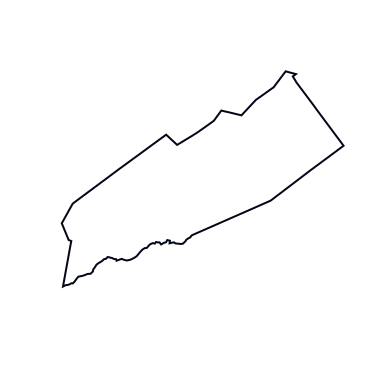 Sigefredo Pacheco, Piauí, Brazil (Equal Earth projection), rotated 223°
{"feature_id": "56859067B30452648330237", "entity_name": "Sigefredo Pacheco", "entity_type": "district", "adm_level": 2, "iso_a3": "BRA", "parent_name": "Brazil", "parent_adm1": "Piauí", "projection": "equal_earth", "projection_center": [-41.801, -4.953], "detail": "fine", "context": "isolated", "style": "outline", "palette": "ink", "viewbox_px": 384, "rotation_deg": 223, "n_neighbors": 0, "source": "geoboundaries", "source_scale": "gbopen_adm2", "svg_char_len": 1296}
<svg xmlns="http://www.w3.org/2000/svg" viewBox="0 0 384 384"><g transform="rotate(223 192 192)"><path d="M112.7,329.2L152.2,336.4L160.2,337.9L162.1,338.3L190.0,343.3L197.1,345.3L196.4,349.1L205.8,344.1L204.1,327.8L203.7,324.4L208.1,302.9L208.1,281.8L219.3,275.5L223.7,272.9L226.1,271.6L224.6,259.0L225.5,254.4L228.7,239.0L230.3,233.0L235.0,216.3L242.9,216.3L250.0,216.3L260.7,160.4L269.5,112.2L271.3,102.1L265.9,80.3L249.5,72.8L246.8,73.8L245.1,71.0L221.9,34.9L220.9,37.6L218.9,40.1L218.0,42.9L216.8,43.9L216.8,46.9L217.2,49.7L217.4,52.5L215.0,55.9L213.8,58.0L212.6,60.7L210.4,63.1L210.3,66.3L211.4,68.0L211.7,70.7L212.3,73.8L211.7,76.8L210.7,80.1L210.5,82.9L209.4,84.3L209.3,86.9L208.0,87.8L205.2,89.3L203.6,89.7L201.6,91.1L200.3,90.3L198.9,93.1L197.8,95.2L196.0,95.8L193.0,97.4L191.0,100.2L190.0,102.7L189.2,105.0L188.7,107.3L188.8,109.6L189.0,112.5L189.0,116.0L188.3,118.7L186.9,120.3L187.1,123.5L186.9,125.4L185.8,127.9L184.0,128.9L184.2,130.9L182.7,131.8L181.4,133.0L178.8,132.6L177.8,135.9L176.7,137.5L177.3,140.0L174.9,141.3L173.4,139.2L172.3,140.9L171.0,142.8L168.8,143.2L166.8,144.9L165.2,145.9L163.4,148.0L163.2,151.3L163.6,153.3L163.1,155.6L162.4,157.3L162.6,160.1L161.5,162.8L128.6,239.3L120.2,288.4L113.3,325.8L112.7,329.2Z" fill="none" stroke="#020617" stroke-width="2"/></g></svg>